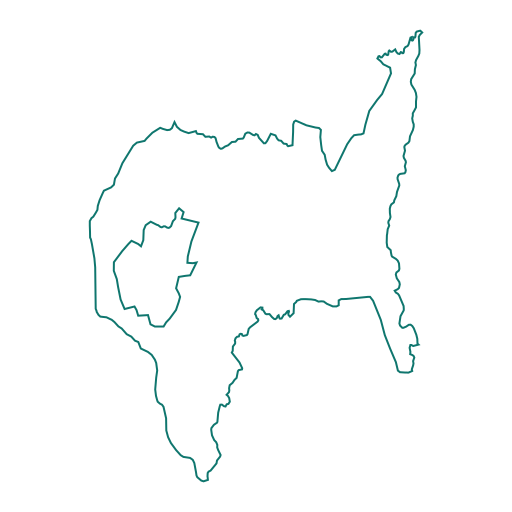 Kipushi, Katanga, Democratic Republic of the Congo (Equal Earth projection)
{"feature_id": "63176286B75279003671986", "entity_name": "Kipushi", "entity_type": "district", "adm_level": 2, "iso_a3": "COD", "parent_name": "Democratic Republic of the Congo", "parent_adm1": "Katanga", "projection": "equal_earth", "projection_center": [27.98, -11.623], "detail": "fine", "context": "isolated", "style": "outline", "palette": "teal", "viewbox_px": 512, "rotation_deg": 0, "n_neighbors": 0, "source": "geoboundaries", "source_scale": "gbopen_adm2", "svg_char_len": 6043}
<svg xmlns="http://www.w3.org/2000/svg" viewBox="0 0 512 512"><path d="M90.1,237.6L90.9,239.3L91.9,244.0L94.1,256.6L94.4,258.3L95.2,267.4L95.7,308.8L96.5,310.8L96.7,311.9L98.5,314.9L100.3,316.6L102.8,316.9L106.5,317.3L110.6,319.3L111.6,319.7L114.4,322.0L118.4,326.4L121.7,328.5L126.7,334.2L131.3,336.6L135.0,340.7L138.3,342.0L140.8,348.5L147.9,351.9L151.7,354.9L154.9,359.7L156.2,363.0L157.2,370.5L156.2,377.6L155.2,389.5L156.0,395.9L157.2,400.3L157.7,401.7L160.0,403.7L162.0,404.7L163.5,406.8L166.1,418.3L166.3,430.5L168.1,437.2L170.9,443.0L176.1,450.1L180.7,455.2L183.4,456.9L190.0,457.9L191.5,458.9L192.8,459.9L194.3,463.0L196.0,472.1L196.5,475.5L197.3,477.2L201.3,480.6L203.6,481.3L207.9,479.9L207.7,477.7L207.5,476.3L207.7,473.0L208.6,471.6L210.6,470.6L216.5,463.4L217.0,460.5L220.1,456.6L220.6,455.0L218.1,449.9L217.2,447.4L217.3,444.9L216.2,442.2L214.2,440.1L212.0,435.3L211.2,429.7L211.4,428.1L213.9,424.8L217.0,422.7L217.4,421.8L218.2,412.6L219.7,406.5L220.3,404.7L221.9,404.6L224.0,406.2L225.5,406.5L226.7,404.3L228.4,403.9L229.8,401.7L229.2,398.1L228.0,396.0L226.6,394.8L229.0,392.1L229.3,390.4L229.1,388.2L229.7,385.2L232.5,382.9L234.5,379.9L236.6,377.9L237.9,371.2L238.7,370.1L242.0,369.4L242.2,368.2L239.5,362.5L231.8,352.6L232.7,350.9L232.9,346.5L235.1,343.6L235.2,341.8L234.8,340.7L235.5,338.3L237.0,336.8L238.9,336.4L239.6,334.3L240.5,333.8L241.8,334.0L242.4,335.5L243.5,335.9L246.8,335.1L247.5,334.2L248.7,328.9L250.1,327.3L257.6,321.6L258.3,320.4L258.1,319.1L256.7,318.1L255.8,315.1L255.1,314.1L255.5,312.3L256.8,310.3L260.5,307.4L262.4,307.6L262.4,308.8L261.8,309.5L263.3,310.3L265.4,313.7L266.4,314.2L269.5,314.1L272.0,317.1L274.2,319.0L275.5,319.1L276.9,317.9L277.6,316.0L278.6,315.3L279.4,318.0L280.0,318.7L281.6,318.5L283.8,314.8L285.2,314.3L287.5,311.2L288.8,310.9L289.0,311.7L288.3,313.4L288.5,315.0L290.0,316.7L293.6,313.2L294.0,304.0L296.2,302.0L296.8,300.8L301.0,299.2L305.2,299.1L311.1,299.4L315.1,300.0L318.5,301.6L321.3,301.3L323.7,301.5L326.9,303.8L332.8,306.4L336.5,306.4L338.7,305.3L338.7,300.4L341.2,299.1L346.1,299.0L367.7,296.9L370.1,296.9L373.1,300.8L380.8,319.9L384.8,335.1L390.1,348.6L395.9,362.2L397.9,370.6L400.0,372.2L404.6,372.5L408.5,372.6L412.2,371.0L411.8,369.3L413.1,365.5L413.5,363.5L413.1,361.1L414.3,357.6L413.7,356.1L412.5,355.1L410.2,354.2L410.4,351.8L409.6,347.8L410.4,345.0L411.4,345.0L413.2,346.0L418.5,344.6L417.5,343.7L417.3,338.8L416.3,334.7L413.8,328.3L412.3,326.0L410.6,324.7L408.8,324.8L406.2,326.6L403.4,327.8L402.3,327.8L400.1,325.6L399.4,323.5L400.5,316.2L403.7,310.4L403.8,309.2L403.6,306.0L399.1,295.4L397.9,293.8L395.8,292.5L394.7,290.7L397.7,289.2L399.0,287.9L399.8,284.4L399.3,282.0L396.8,278.3L395.8,274.5L396.4,272.5L398.9,270.5L399.4,268.8L399.0,263.4L397.8,260.8L397.4,260.3L395.9,258.9L392.1,256.6L391.6,255.7L390.9,252.3L390.7,250.2L387.3,247.0L386.7,242.7L386.9,235.3L387.2,233.6L387.7,229.2L389.2,225.6L388.3,222.8L388.5,221.2L389.8,219.2L390.5,217.0L389.9,213.0L389.8,208.7L390.4,206.2L391.3,204.4L393.9,202.4L394.3,200.3L396.3,196.2L397.0,191.9L399.3,185.5L399.2,183.9L397.6,179.2L397.5,177.7L398.1,175.8L398.7,174.8L400.2,173.9L404.6,173.3L405.4,172.2L405.8,170.2L404.8,166.2L405.9,162.3L405.6,160.8L403.9,157.9L403.5,156.0L405.0,150.7L404.3,147.0L404.7,145.8L405.7,144.6L408.4,142.7L409.4,141.1L410.0,136.3L412.9,130.0L413.7,126.7L413.7,124.3L412.8,121.8L412.2,118.4L412.8,115.8L412.8,113.3L414.5,110.3L416.0,107.4L416.0,101.4L416.5,96.9L415.9,93.0L414.7,89.9L411.4,84.6L410.8,81.8L411.2,79.1L414.7,73.5L414.9,69.2L415.9,65.1L415.4,62.3L415.6,61.9L416.0,60.2L418.4,55.8L419.3,53.5L419.5,50.0L418.8,36.9L419.8,34.9L422.2,32.5L420.3,30.7L419.7,30.8L416.7,31.6L415.7,32.9L415.4,36.7L414.9,37.5L413.6,37.3L413.4,39.2L412.9,40.3L412.2,40.6L411.3,40.0L411.1,39.4L411.5,37.2L410.5,37.6L408.5,44.6L407.5,46.1L405.4,47.1L404.1,48.9L403.8,52.0L403.3,53.1L402.3,53.2L401.6,52.3L400.8,52.1L399.5,54.0L397.9,53.6L396.5,52.2L395.2,49.4L392.4,51.6L391.0,51.8L389.3,50.5L388.7,51.2L388.2,54.6L387.7,55.1L386.3,54.8L385.6,53.6L384.7,53.8L381.9,57.3L380.5,57.3L379.5,56.1L378.5,56.3L377.4,58.5L380.8,61.3L383.3,64.3L390.1,67.7L391.0,73.4L382.1,94.0L377.2,99.9L369.3,110.9L365.4,124.6L363.5,133.4L361.0,134.4L358.3,134.6L354.1,135.2L351.3,138.2L347.2,144.2L334.8,169.8L331.9,171.1L329.0,167.7L327.1,164.7L325.6,159.6L324.7,154.8L322.0,150.8L321.2,145.3L320.3,137.1L320.9,129.9L319.0,128.0L315.4,127.5L306.4,125.3L295.7,120.6L294.1,121.7L293.2,124.5L293.1,132.0L292.5,145.2L288.1,146.2L287.4,145.6L286.6,144.0L283.6,143.6L281.2,140.8L278.6,140.3L277.1,138.6L275.5,135.4L270.8,133.8L267.1,141.0L265.4,143.2L263.9,143.3L259.0,137.9L257.7,134.9L255.9,134.0L254.6,135.3L253.1,135.0L249.3,132.6L247.4,132.5L245.3,133.7L243.7,137.6L242.8,138.6L238.0,139.0L235.5,141.7L231.9,142.0L228.1,145.3L225.1,146.5L222.4,148.4L220.9,148.8L219.4,148.0L218.4,146.7L216.5,141.8L215.6,138.2L214.5,137.0L212.7,136.7L211.1,137.6L209.2,136.5L205.4,136.8L202.9,134.2L197.4,133.8L196.5,132.8L195.9,131.1L188.6,133.1L184.1,131.6L180.5,130.0L176.9,126.8L174.5,122.1L171.9,128.2L169.8,129.8L167.1,130.1L162.9,128.9L160.2,127.8L152.4,132.7L146.5,138.6L144.6,140.9L136.9,142.6L133.2,145.7L122.4,163.2L118.2,173.5L115.0,178.5L113.9,184.7L111.1,187.4L103.9,190.7L102.7,193.2L99.6,200.2L97.8,205.9L97.4,209.9L95.8,212.7L93.3,216.7L91.5,218.1L89.8,221.1L89.8,225.8L90.0,231.6L90.1,237.6ZM172.9,221.2L175.2,218.8L175.5,217.3L175.3,213.0L179.1,208.3L183.6,212.1L181.6,218.5L198.5,222.6L191.4,241.5L187.8,256.5L187.4,262.8L192.9,263.2L196.5,262.5L190.2,275.3L185.0,275.9L178.8,276.9L176.1,288.3L178.8,293.4L180.1,296.9L178.7,302.0L176.0,310.0L169.7,318.6L166.1,322.4L163.6,326.5L154.8,326.5L150.5,324.3L148.0,315.1L138.2,315.7L136.5,310.0L134.5,306.5L124.6,309.0L120.6,299.5L118.1,287.0L116.8,279.1L113.8,270.8L113.9,262.2L122.3,251.0L128.4,244.0L131.5,240.8L138.2,244.0L141.0,246.3L143.3,240.2L143.7,230.0L145.7,225.2L150.7,221.7L156.8,224.8L158.2,225.2L160.5,227.0L161.8,227.3L163.8,226.3L165.2,226.4L167.1,227.6L168.5,227.9L169.5,227.6L171.1,226.1L172.9,221.2Z" fill="none" stroke="#0f766e" stroke-width="2"/></svg>